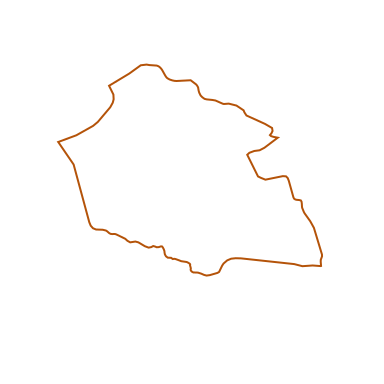 outline of Maysan, rotated 145°
{"feature_id": "IRQ-3226", "entity_name": "Maysan", "entity_type": "Province", "adm_level": 1, "iso_a3": "IRQ", "parent_name": "Iraq", "parent_adm1": "", "projection": "robinson", "projection_center": [47.004, 31.976], "detail": "fine", "context": "isolated", "style": "outline", "palette": "amber", "viewbox_px": 384, "rotation_deg": 145, "n_neighbors": 0, "source": "natural_earth", "source_scale": "10m", "svg_char_len": 2019}
<svg xmlns="http://www.w3.org/2000/svg" viewBox="0 0 384 384"><g transform="rotate(145 192 192)"><path d="M128.7,57.4L129.2,57.6L135.3,62.6L144.1,67.9L149.6,74.3L189.9,109.5L194.2,112.7L198.2,114.9L202.4,115.8L207.2,115.3L209.5,114.4L215.6,111.0L217.5,111.1L225.1,113.7L228.0,115.2L229.7,117.2L231.2,119.7L233.4,122.6L237.0,125.3L237.7,126.5L238.0,128.3L237.5,129.4L236.7,130.2L235.6,133.2L235.0,133.8L235.0,134.6L235.9,136.7L236.5,137.7L240.5,141.5L241.1,142.4L241.6,143.2L244.0,146.6L244.9,147.5L246.2,148.1L246.9,150.1L249.5,152.1L250.2,154.2L250.0,156.4L249.3,158.0L248.5,159.4L248.0,161.1L247.7,163.3L247.8,164.6L248.7,165.3L250.8,165.9L252.6,167.0L253.6,168.6L254.8,170.0L256.9,170.2L259.4,171.3L259.7,171.7L261.7,174.6L264.8,181.5L266.8,183.9L271.5,186.2L272.9,189.1L273.5,191.9L278.3,200.6L279.2,201.8L281.6,203.4L282.7,204.4L283.4,205.8L284.1,208.6L284.6,209.8L286.8,212.3L292.1,216.3L293.9,219.1L294.3,222.5L293.5,226.1L273.2,282.4L272.9,309.7L254.2,304.8L235.1,302.9L229.0,303.4L210.4,308.3L205.7,310.6L203.0,312.9L200.5,316.9L199.0,326.6L175.5,325.0L161.3,325.2L156.1,322.4L154.2,320.5L148.4,315.8L147.5,314.5L147.0,313.4L146.7,312.1L146.5,310.6L146.5,308.9L147.1,303.2L147.2,301.5L147.1,300.0L146.6,298.6L145.8,297.0L144.1,294.7L142.6,293.1L141.0,291.8L129.0,284.3L126.9,277.7L126.8,276.2L127.0,274.2L128.4,271.3L129.1,269.3L129.6,266.1L129.2,263.7L128.3,261.1L126.8,259.4L122.5,255.7L120.3,253.5L116.2,246.7L115.4,245.8L111.2,243.3L106.0,237.3L102.9,229.3L103.4,227.1L103.5,223.4L93.2,206.0L89.7,198.5L91.0,195.8L93.3,194.5L95.5,193.9L95.2,192.5L93.6,190.4L90.6,187.3L107.3,186.7L112.7,187.4L117.5,189.9L122.5,191.2L125.4,190.8L129.0,166.9L127.4,164.0L124.8,160.0L108.5,152.9L106.0,150.9L105.6,148.5L106.3,145.6L112.0,129.4L112.2,128.0L111.7,126.7L111.0,125.8L108.9,124.0L107.7,122.7L107.8,121.3L108.7,119.5L110.5,116.6L110.9,115.6L111.4,113.3L111.8,111.7L112.0,110.0L111.9,100.3L112.7,92.7L121.4,66.2L122.4,64.7L125.4,62.6L126.6,61.0L128.7,57.4Z" fill="none" stroke="#b45309" stroke-width="2"/></g></svg>